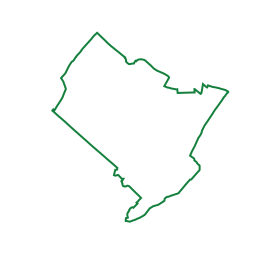 outline of Tamaseu, Bihor, Romania, rotated 210°
{"feature_id": "2599482B83424539586543", "entity_name": "Tamaseu", "entity_type": "district", "adm_level": 2, "iso_a3": "ROU", "parent_name": "Romania", "parent_adm1": "Bihor", "projection": "orthographic", "projection_center": [21.899, 47.224], "detail": "fine", "context": "isolated", "style": "outline", "palette": "green", "viewbox_px": 256, "rotation_deg": 210, "n_neighbors": 0, "source": "geoboundaries", "source_scale": "gbopen_adm2", "svg_char_len": 4969}
<svg xmlns="http://www.w3.org/2000/svg" viewBox="0 0 256 256"><g transform="rotate(210 128 128)"><path d="M80.0,204.9L79.8,203.7L79.7,203.0L79.7,202.7L79.8,202.6L80.6,202.7L81.0,202.8L81.3,202.8L81.9,202.9L82.6,203.0L83.1,203.1L85.0,203.5L84.5,202.2L84.2,201.2L83.6,199.7L83.1,198.3L82.6,197.1L82.6,196.8L82.2,195.7L82.0,195.3L81.9,194.9L82.1,193.9L82.6,193.9L85.2,194.3L85.3,194.3L85.7,194.4L89.7,195.0L89.9,194.9L88.1,192.1L102.5,183.2L104.6,186.0L104.7,185.8L105.3,185.7L106.0,185.4L110.6,183.8L111.8,183.6L112.9,183.3L113.6,183.0L113.9,182.8L117.5,182.4L117.5,182.6L117.5,186.1L117.6,192.2L118.8,192.9L119.6,193.0L119.9,193.0L122.2,193.1L123.7,193.1L124.2,193.0L125.0,193.0L125.7,192.9L130.7,192.3L131.7,192.2L132.0,192.3L132.4,192.3L134.0,192.3L134.5,192.4L135.1,192.4L135.4,192.4L135.7,192.5L139.3,193.5L142.8,194.2L142.9,194.3L145.4,194.7L145.8,194.9L148.1,195.1L149.2,194.7L150.0,194.4L151.0,194.1L151.4,193.9L151.6,193.7L152.6,192.9L153.2,192.3L153.5,192.1L154.0,191.0L154.2,190.0L155.1,190.0L155.2,189.5L155.2,188.8L155.3,187.4L155.2,187.4L155.1,186.9L155.5,186.6L156.0,186.1L156.6,185.8L157.2,185.4L157.6,184.9L158.0,184.5L158.7,184.0L159.1,183.9L159.6,183.8L161.3,184.1L162.8,184.5L163.7,185.8L164.2,186.5L166.0,187.2L165.9,187.7L170.7,188.4L172.9,188.8L175.3,189.2L175.5,189.2L176.0,189.3L176.8,189.4L177.3,189.5L177.9,189.5L178.8,189.7L179.2,189.8L183.3,190.4L184.3,190.6L187.8,191.3L192.6,192.6L196.8,193.6L199.6,194.3L200.6,194.6L201.6,194.8L202.3,195.0L203.4,191.6L203.7,190.4L204.3,186.4L206.9,174.3L206.9,174.2L207.0,173.6L207.1,172.9L207.2,171.9L207.2,171.4L207.1,171.2L207.2,170.5L207.2,170.4L207.3,170.2L207.5,169.3L207.7,168.3L207.9,167.3L208.0,166.8L208.2,166.4L208.3,165.9L208.3,165.6L208.4,165.3L208.5,164.3L208.6,163.8L208.5,163.7L208.7,162.9L208.7,162.7L208.8,161.9L208.8,161.0L208.8,160.2L208.8,159.5L208.9,159.3L209.1,158.6L209.7,157.4L209.8,157.3L209.9,156.5L210.1,153.0L210.1,152.3L210.0,149.6L209.8,147.3L209.7,145.3L209.6,144.0L209.7,143.7L210.1,141.6L210.6,139.5L210.8,138.2L210.9,137.7L210.6,137.6L209.4,137.0L208.1,136.3L207.1,135.8L206.6,135.3L205.7,134.5L204.5,133.5L203.1,132.3L201.9,131.3L201.5,130.9L201.3,130.7L200.7,126.1L200.0,121.5L200.0,119.3L200.2,115.8L200.3,113.5L200.4,112.2L200.5,107.1L200.6,106.6L202.0,106.8L202.0,106.3L202.1,105.9L202.2,105.4L202.2,105.2L200.4,104.9L195.8,103.9L192.6,103.2L191.8,103.1L191.1,103.0L188.6,102.5L184.6,101.7L181.6,101.0L174.6,99.5L168.2,98.2L156.4,95.8L153.8,95.2L149.7,94.4L143.5,93.2L139.7,92.5L134.6,91.5L130.1,90.6L122.0,89.1L117.2,88.1L116.7,86.4L118.1,85.4L116.6,80.1L116.4,80.1L115.3,80.4L114.7,80.7L114.3,81.2L113.8,81.8L113.4,82.1L112.8,82.4L112.4,82.3L111.7,82.0L111.0,81.8L110.3,81.6L109.7,81.5L108.8,81.1L108.0,81.0L107.5,81.1L107.1,81.4L106.6,81.7L106.6,80.9L106.6,80.4L106.6,80.0L106.7,79.7L107.1,79.2L107.2,78.8L107.0,78.4L106.1,78.1L105.6,77.4L105.0,77.1L104.8,76.6L104.4,76.1L103.9,75.7L103.3,75.4L102.9,75.3L102.7,75.5L102.4,75.7L101.8,75.6L101.4,75.9L100.6,76.3L100.4,76.6L99.9,77.6L99.2,77.9L98.0,78.1L97.4,78.1L97.2,78.0L93.8,77.1L93.6,77.0L92.6,76.7L92.3,76.7L88.9,75.8L87.3,75.4L87.0,75.3L85.9,75.1L84.8,74.8L83.7,74.5L81.7,73.9L81.8,73.4L82.6,70.4L82.6,69.8L82.7,69.2L82.9,68.9L83.3,67.6L82.0,67.3L82.2,66.4L83.5,61.6L84.3,61.7L85.2,60.9L85.4,60.5L85.9,59.1L86.0,57.7L85.8,57.5L85.6,57.0L85.8,55.8L85.8,54.1L85.4,52.8L84.8,51.9L83.3,50.3L84.7,48.9L83.7,46.7L83.5,46.4L83.4,46.5L83.2,46.8L82.9,46.8L82.6,46.8L81.7,47.1L79.5,47.8L78.9,48.6L78.0,49.8L76.6,51.3L75.6,52.5L74.6,54.1L73.9,55.0L73.1,55.9L71.8,58.1L71.2,59.1L70.1,61.2L69.7,63.8L69.3,66.9L69.0,69.2L67.0,73.0L64.5,75.5L63.5,76.5L62.4,78.5L61.0,81.3L60.9,81.8L60.6,81.9L60.5,82.2L60.3,82.9L60.1,83.2L60.2,83.5L60.6,84.3L60.8,85.1L60.6,86.1L60.2,86.9L60.0,87.7L59.8,87.9L58.8,88.5L56.1,91.8L52.9,95.3L51.7,96.7L51.2,99.7L50.4,104.1L49.7,108.2L48.9,112.4L48.5,114.4L47.5,115.0L47.2,116.3L46.6,119.5L45.9,123.1L45.1,126.7L45.1,127.7L46.3,129.7L47.1,131.1L47.5,131.4L48.1,131.5L49.3,131.6L50.3,132.0L51.2,132.5L51.7,132.8L52.2,132.9L53.7,133.0L54.3,133.1L54.6,133.6L55.1,134.3L55.3,134.5L55.9,134.6L57.2,134.8L60.4,135.0L60.9,139.4L61.0,141.5L61.1,143.7L61.1,145.3L61.4,147.8L61.8,151.8L62.1,154.6L61.9,156.1L61.8,158.3L61.8,159.3L62.0,161.0L62.4,161.9L62.5,162.1L62.7,164.5L62.9,168.3L62.8,170.2L62.5,173.5L62.2,178.3L61.9,182.8L61.9,183.6L61.8,186.5L61.7,187.4L61.5,189.3L61.4,189.9L61.2,191.9L60.8,195.9L60.5,199.4L60.4,200.4L60.4,201.6L60.5,201.6L60.5,201.8L60.3,202.5L60.3,202.9L60.2,203.1L60.2,203.3L60.1,203.5L59.9,204.4L59.9,204.5L59.9,205.0L59.9,205.4L59.9,205.6L59.8,206.0L59.6,207.7L59.6,208.1L59.2,208.5L59.2,209.1L59.2,209.4L59.6,209.6L60.8,209.6L61.1,209.6L62.0,209.6L62.4,209.6L63.4,209.4L64.0,209.3L64.2,209.2L65.3,208.9L66.4,208.6L67.6,208.3L68.5,208.1L69.1,208.0L69.6,207.8L70.2,207.6L70.8,207.4L71.8,207.2L72.0,207.1L73.1,206.7L73.4,206.6L73.9,206.4L74.3,206.2L74.8,206.0L75.1,205.9L75.6,205.8L76.6,205.6L78.1,205.3L80.0,204.9Z" fill="none" stroke="#15803d" stroke-width="2"/></g></svg>